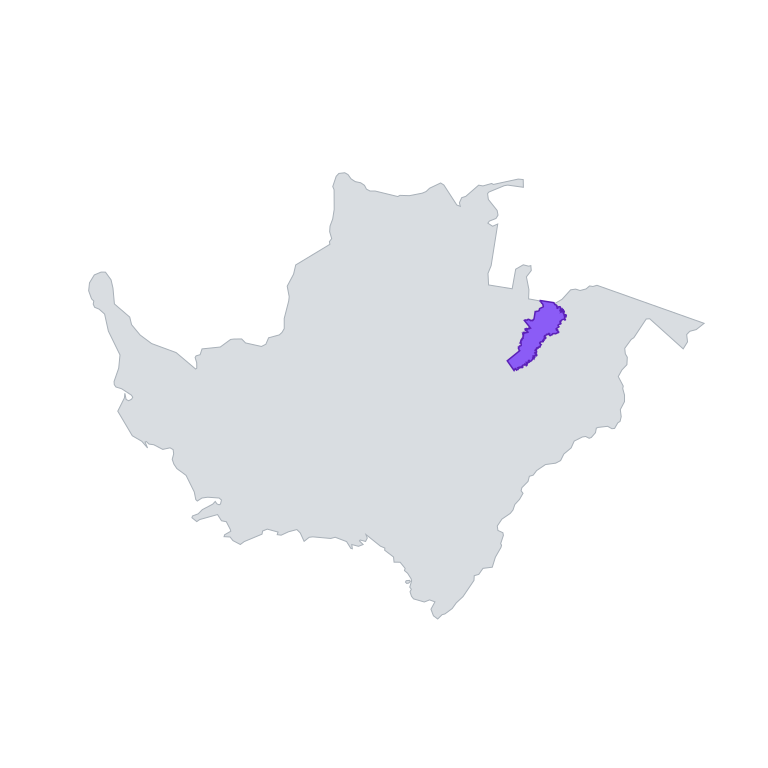 Pacoa (Cor. Departamental), Vaupés, Colombia (highlighted), rotated 279°
{"feature_id": "7082276B7457968430038", "entity_name": "Pacoa (Cor. Departamental)", "entity_type": "district", "adm_level": 2, "iso_a3": "COL", "parent_name": "Colombia", "parent_adm1": "Vaupés", "projection": "albers", "projection_center": [-70.674, 0.194], "detail": "fine", "context": "in_parent", "style": "filled", "palette": "violet", "viewbox_px": 768, "rotation_deg": 279, "n_neighbors": 0, "source": "geoboundaries", "source_scale": "gbopen_adm2", "svg_char_len": 9569}
<svg xmlns="http://www.w3.org/2000/svg" viewBox="0 0 768 768"><g transform="rotate(279 384 384)"><path d="M444.2,98.1L436.3,101.3L420.9,105.2L410.3,122.4L403.1,125.4L394.2,135.5L387.6,148.1L382.5,173.8L369.3,195.6L370.4,196.6L375.7,195.7L380.6,193.3L382.4,194.0L384.2,197.8L390.2,198.8L394.9,216.5L404.0,225.5L405.0,229.0L406.2,236.4L402.9,240.8L401.9,257.1L404.8,261.1L411.6,262.8L416.1,272.9L419.0,275.2L423.1,276.8L433.1,275.2L451.1,276.9L455.4,276.7L465.5,273.1L478.3,277.5L487.8,278.2L513.5,308.7L516.1,307.8L519.4,309.6L525.9,306.5L531.5,306.0L538.9,307.5L548.6,307.5L568.1,304.3L571.0,302.5L581.7,304.3L584.9,306.5L586.5,312.2L585.2,315.7L581.5,319.3L579.4,323.9L579.1,329.5L577.2,333.6L573.7,336.2L572.4,340.1L573.2,345.2L571.3,368.3L572.8,370.2L574.0,379.7L578.5,392.0L580.7,395.5L584.5,398.4L591.4,408.5L589.9,412.0L572.2,427.9L571.4,431.6L574.8,430.1L580.2,431.6L582.1,435.4L595.2,446.4L595.1,450.7L598.9,459.0L598.2,460.8L607.4,484.5L607.7,489.5L600.1,490.9L599.8,475.0L598.7,471.8L590.1,457.7L588.3,456.5L582.6,458.2L573.1,468.6L568.6,470.2L565.0,468.7L561.4,462.6L559.1,461.4L556.8,466.6L559.8,471.3L517.7,471.3L509.5,469.4L498.2,471.8L498.1,495.7L518.0,496.1L523.5,502.9L523.0,508.5L523.9,510.5L519.1,511.7L512.1,507.9L499.8,512.4L490.7,513.5L490.1,540.0L495.5,546.6L506.2,553.6L507.7,558.4L507.0,563.0L509.5,568.7L513.0,571.7L513.0,575.1L514.8,578.9L494.0,690.7L486.6,683.9L483.9,677.8L480.2,675.2L473.1,677.2L465.5,674.0L490.0,636.2L489.2,632.8L468.8,623.5L466.7,621.2L456.9,616.2L451.6,617.6L448.5,620.1L441.1,620.9L435.1,616.8L428.0,614.2L419.4,620.6L416.8,620.5L410.7,623.3L404.2,624.3L395.7,621.4L388.8,623.4L384.0,623.0L382.2,621.0L376.2,618.7L375.5,616.1L377.2,611.5L374.6,602.2L373.6,600.6L369.0,600.5L363.6,597.1L362.5,595.1L363.7,591.4L362.7,588.2L357.4,580.8L350.1,578.8L343.0,572.6L336.0,570.4L332.7,566.0L329.7,556.1L322.4,548.3L317.3,545.6L315.6,542.0L310.3,541.5L303.2,536.4L300.0,536.1L297.8,538.4L291.2,535.9L285.5,532.1L279.7,531.1L275.9,528.9L269.0,521.6L261.5,518.1L257.2,519.4L255.7,524.7L253.2,525.6L244.6,524.2L243.2,525.3L240.9,525.1L230.4,521.1L220.0,519.6L217.4,510.6L210.8,507.4L208.8,503.1L204.1,503.6L186.4,495.3L179.1,489.6L172.9,486.5L166.4,480.1L165.3,477.5L160.3,473.8L162.8,469.1L168.9,465.6L176.8,468.4L177.9,462.8L175.0,457.9L176.4,446.8L178.6,444.4L182.9,442.2L185.6,443.1L187.4,441.2L193.8,442.1L195.8,441.3L200.8,436.9L202.9,433.4L205.2,433.7L210.5,427.8L209.6,421.8L214.6,420.5L219.9,410.7L222.1,410.5L223.3,405.8L232.5,389.7L229.2,391.6L225.6,390.4L226.2,384.9L225.2,384.3L222.2,388.5L219.7,384.2L220.4,377.3L216.3,378.5L216.5,376.9L222.5,371.7L225.0,359.8L223.1,355.5L221.9,337.6L220.9,334.1L216.1,329.7L223.8,324.6L226.6,320.7L223.1,312.8L218.6,306.1L218.5,302.1L221.2,302.5L222.4,291.4L219.8,287.1L216.6,287.0L206.5,270.6L203.0,267.2L205.7,259.3L208.8,255.9L208.2,249.9L210.2,250.2L214.6,255.7L216.4,254.9L223.3,249.8L223.5,244.9L229.0,240.0L221.3,223.2L218.8,220.6L221.9,215.2L223.7,215.5L226.7,220.8L231.5,224.2L238.5,233.6L241.6,235.7L239.4,237.8L238.9,240.0L239.9,241.3L244.0,241.6L245.6,239.0L244.6,227.6L242.9,222.0L239.2,217.9L240.4,216.2L247.7,213.5L262.8,202.8L268.0,192.7L272.0,189.0L276.5,186.6L282.0,187.2L286.2,186.0L287.5,182.7L284.8,175.7L288.0,166.1L287.9,161.2L290.0,158.3L289.3,157.1L283.8,160.5L289.5,153.8L293.5,143.5L315.5,125.3L329.7,129.8L334.3,129.5L328.4,131.7L327.5,134.4L329.5,137.1L331.7,137.9L333.5,136.2L338.3,125.5L339.1,119.7L341.2,117.7L344.2,117.0L358.2,119.5L371.4,118.7L393.1,103.5L409.4,97.1L413.4,90.8L414.5,86.2L417.4,84.3L420.5,84.4L422.4,81.8L429.9,77.7L437.9,77.3L446.4,80.8L450.3,87.1L450.9,91.4L444.2,98.1ZM194.1,440.1L193.1,440.9L191.2,439.5L190.6,437.6L191.7,436.2L193.2,436.7L194.1,440.1Z" fill="#d9dde1" stroke="#a8b0b8" stroke-width="1"/><path d="M483.3,550.8L483.9,550.6L483.6,550.2L483.9,550.2L483.9,549.9L484.1,549.7L484.3,549.7L484.4,549.4L484.6,549.5L485.2,549.4L485.0,549.1L485.3,549.0L485.3,548.6L485.6,548.5L485.4,548.4L484.9,548.5L484.5,548.1L484.4,548.6L484.0,548.9L484.0,548.7L483.8,548.6L483.7,548.8L483.4,548.7L483.5,548.6L483.2,548.5L483.0,548.1L483.3,548.3L483.5,548.0L483.4,547.8L483.8,547.8L484.0,547.6L483.8,547.2L484.0,547.1L483.7,546.6L483.8,546.4L484.3,546.3L484.7,546.5L484.8,546.6L484.6,547.2L484.9,547.4L485.3,547.1L485.8,547.1L485.6,546.8L486.1,546.4L486.5,546.3L486.7,546.5L486.9,546.5L487.7,546.0L487.9,545.6L487.5,544.3L487.1,544.0L486.2,543.9L485.9,543.5L486.1,543.0L487.1,543.1L487.5,542.6L487.9,542.7L488.0,542.4L488.3,542.5L488.7,542.2L489.2,541.2L489.0,540.8L489.1,540.4L490.2,539.5L490.9,539.1L490.9,525.3L490.6,525.3L490.8,525.7L490.6,526.0L489.3,526.3L489.0,526.8L488.4,527.2L488.3,527.6L487.8,528.2L487.0,528.7L486.6,528.7L485.9,529.2L485.3,529.2L484.9,529.0L483.1,526.3L482.7,525.9L482.0,525.7L481.5,526.0L480.6,525.6L479.9,524.4L479.6,523.0L479.2,522.8L479.2,522.0L471.6,522.0L471.1,521.4L470.8,521.4L470.6,521.2L470.3,521.2L469.9,520.9L470.1,520.6L470.1,520.1L469.8,519.9L469.6,519.4L469.5,518.9L470.0,518.5L469.9,518.1L470.3,517.6L470.2,517.2L470.5,516.8L470.5,516.4L470.1,515.7L469.6,515.6L469.4,514.9L469.4,513.6L468.9,513.2L469.0,512.8L468.8,512.6L462.1,520.0L462.0,519.8L461.4,519.0L461.7,518.1L461.1,517.9L461.2,517.4L461.1,517.0L460.9,516.9L460.5,516.9L460.5,517.1L460.3,516.9L460.8,516.5L460.7,516.3L460.5,516.0L460.7,515.9L460.4,515.7L460.7,515.5L460.5,515.3L460.6,515.2L460.4,515.0L460.2,515.0L460.2,514.9L460.0,515.0L459.7,514.9L458.9,515.5L458.8,516.2L458.6,516.6L458.6,517.3L458.0,517.9L457.6,518.1L456.4,515.1L456.6,514.7L456.6,514.2L456.8,514.2L456.7,514.0L456.8,514.1L456.8,513.7L455.8,513.9L455.8,513.4L455.7,513.5L455.4,513.5L455.5,513.1L455.2,513.0L455.3,512.8L455.1,513.1L455.3,513.4L455.1,513.4L454.9,513.5L454.7,513.5L454.4,513.7L454.5,513.9L454.2,513.8L453.8,513.8L453.7,514.1L453.4,514.2L453.2,513.9L452.9,513.9L453.0,514.0L452.8,514.0L451.9,513.9L451.8,514.1L451.8,513.8L451.7,514.0L451.2,514.3L450.8,514.0L450.9,513.8L450.7,513.7L450.8,513.6L450.7,513.5L450.8,513.5L450.6,513.4L450.5,513.5L450.4,513.3L450.2,513.3L450.1,513.5L449.5,513.3L449.6,513.2L449.4,513.2L449.5,512.9L449.3,512.8L449.0,512.9L448.9,512.7L448.9,512.8L448.7,512.8L448.6,512.5L448.2,512.7L447.8,512.5L447.7,512.6L447.4,512.6L447.4,512.4L446.9,512.5L446.9,512.3L446.7,512.2L446.6,512.3L446.5,512.2L446.3,512.4L446.1,512.3L446.0,512.5L445.9,512.4L445.9,512.6L445.7,512.5L445.6,512.8L445.2,513.2L443.7,513.5L443.0,513.0L442.9,512.2L442.6,511.8L442.0,511.5L441.6,511.5L441.4,511.1L441.0,511.5L440.3,511.2L440.0,511.4L439.9,511.4L439.4,511.9L438.7,512.0L438.4,512.3L438.1,512.8L426.2,502.1L417.7,510.3L418.1,510.4L418.4,510.7L419.0,510.5L419.2,511.0L419.1,511.5L419.6,511.5L419.1,512.4L418.5,512.8L418.7,513.0L419.3,513.1L419.3,514.1L420.3,514.3L420.7,514.9L421.0,514.5L421.0,514.0L421.1,513.8L421.5,514.4L421.6,514.9L422.1,515.8L421.5,516.5L421.6,516.9L421.8,517.2L422.4,517.2L422.6,517.4L421.9,517.9L421.9,518.2L422.5,518.5L423.0,518.3L423.2,518.0L423.1,517.5L424.1,518.0L424.6,518.7L424.6,519.6L424.9,519.8L425.4,519.9L425.0,520.3L425.0,521.3L424.7,521.6L424.3,521.7L424.3,521.8L425.0,522.3L425.4,522.3L426.0,522.1L426.2,521.7L425.8,521.3L425.8,521.1L426.7,521.4L427.5,521.2L427.3,522.0L426.8,522.1L426.7,522.5L427.4,522.8L428.0,522.6L428.1,523.9L428.6,524.3L429.0,523.5L429.8,523.1L430.0,523.5L430.0,523.8L429.1,524.2L429.0,524.5L430.1,526.1L431.6,526.7L432.1,527.1L432.8,526.9L432.7,527.3L433.0,527.7L432.5,527.8L432.3,528.1L433.5,528.1L434.7,526.9L435.1,526.9L435.1,527.2L434.5,527.5L434.5,528.2L434.0,528.7L434.3,528.8L434.8,528.5L435.6,528.4L436.2,528.8L436.4,529.2L436.2,529.6L435.7,530.0L436.0,530.4L436.3,530.4L436.8,530.0L437.2,530.1L437.5,529.9L437.5,529.5L438.0,529.3L438.0,528.7L438.3,528.0L439.0,528.4L439.0,528.8L438.5,529.0L438.4,529.2L438.8,529.3L439.2,529.7L440.2,529.6L440.7,529.3L441.0,528.9L440.9,528.0L441.1,528.0L441.4,528.3L442.0,528.5L442.2,528.9L442.1,529.3L442.3,529.5L442.8,529.5L443.2,529.8L443.3,529.6L443.1,529.2L443.4,529.1L444.0,529.8L444.0,530.2L443.7,530.7L445.1,531.3L445.1,531.7L444.8,532.2L445.0,532.3L445.5,532.4L446.0,532.3L446.6,532.7L447.1,532.4L447.5,532.9L447.7,532.5L448.5,532.0L448.9,531.9L448.7,531.4L449.0,531.3L449.6,531.6L450.0,532.2L450.4,532.5L450.3,533.4L450.8,534.7L451.3,534.7L451.5,534.5L451.6,534.0L451.9,533.9L452.2,534.2L452.1,534.9L452.3,535.2L452.8,534.8L453.0,534.8L453.4,535.2L454.1,535.0L454.3,535.0L454.5,535.3L453.8,535.9L453.9,536.1L454.6,536.6L455.0,536.6L455.3,536.4L455.1,535.5L455.2,535.3L455.7,535.0L456.2,534.9L456.9,535.2L456.8,535.8L457.2,536.3L457.8,536.4L458.2,536.8L458.5,536.8L458.6,537.0L458.4,537.2L458.5,537.5L458.4,537.7L458.6,537.9L458.5,538.0L458.8,538.5L459.5,538.6L459.8,539.0L459.4,539.7L458.8,539.4L458.2,539.7L457.8,540.2L457.8,540.7L458.2,541.2L458.8,541.6L458.9,542.3L459.8,542.5L460.1,542.8L460.0,543.2L460.4,543.8L460.5,544.5L460.3,545.2L460.7,545.6L460.8,546.3L461.6,547.0L461.6,547.3L461.9,547.6L462.0,548.1L462.2,548.4L462.8,548.3L462.9,547.6L464.6,547.1L464.7,546.8L464.7,546.6L464.0,546.6L463.9,546.4L464.4,545.8L465.5,545.4L467.2,547.1L467.7,547.8L468.1,547.8L468.5,547.2L469.1,546.7L469.4,546.7L470.3,547.6L470.9,549.0L471.3,549.3L471.7,549.2L472.0,548.4L472.5,548.3L473.1,548.7L473.2,548.1L473.5,548.1L473.8,548.6L475.1,549.6L476.0,551.1L476.1,551.8L475.7,552.3L475.5,552.6L475.8,553.1L476.0,553.1L476.6,552.5L477.9,551.9L478.4,552.1L478.7,553.2L480.2,553.3L480.8,552.9L480.9,552.5L480.8,552.2L480.6,552.1L480.1,552.3L479.7,552.3L479.2,552.0L479.2,551.7L479.3,551.5L479.8,551.4L480.4,551.0L480.9,551.2L481.2,551.1L481.7,550.2L482.0,550.1L482.7,550.2L483.3,550.8Z" fill="#8b5cf6" stroke="#5b21b6" stroke-width="1.5"/></g></svg>